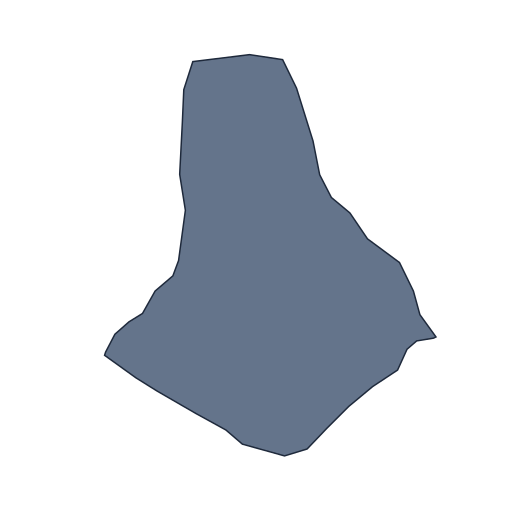 the district of Sundbyberg, Stockholm, Sweden, rotated 81°
{"feature_id": "70781695B91357499899745", "entity_name": "Sundbyberg", "entity_type": "district", "adm_level": 2, "iso_a3": "SWE", "parent_name": "Sweden", "parent_adm1": "Stockholm", "projection": "natural_earth1", "projection_center": [17.96, 59.375], "detail": "fine", "context": "isolated", "style": "filled", "palette": "slate", "viewbox_px": 512, "rotation_deg": 81, "n_neighbors": 0, "source": "geoboundaries", "source_scale": "gbopen_adm2", "svg_char_len": 643}
<svg xmlns="http://www.w3.org/2000/svg" viewBox="0 0 512 512"><g transform="rotate(81 256 256)"><path d="M330.4,421.1L357.6,393.6L374.2,374.5L402.4,339.7L423.1,313.0L439.7,298.9L457.9,259.1L454.6,235.7L437.2,212.9L419.0,187.8L403.2,161.2L390.8,134.0L371.7,121.4L365.0,110.6L364.9,93.4L364.1,90.9L339.6,103.3L315.3,106.0L284.9,115.3L256.5,143.2L228.2,156.5L210.0,172.4L185.7,180.4L151.3,181.7L96.6,189.7L66.2,199.0L56.1,230.9L54.1,288.0L80.4,301.3L112.8,307.9L163.4,318.6L199.8,318.6L248.4,333.2L262.6,341.2L274.8,361.1L295.0,377.1L301.1,391.7L311.2,407.6L327.4,419.6L330.4,421.1Z" fill="#64748b" stroke="#1e293b" stroke-width="1.5"/></g></svg>